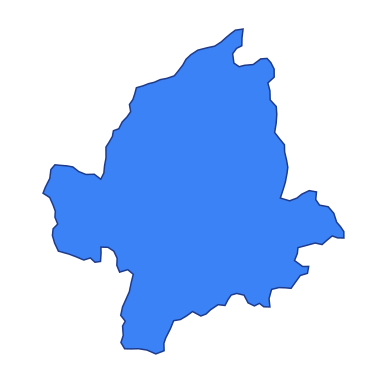 Chácara, Minas Gerais, Brazil (Mercator projection), rotated 176°
{"feature_id": "56859067B60950226665994", "entity_name": "Chácara", "entity_type": "district", "adm_level": 2, "iso_a3": "BRA", "parent_name": "Brazil", "parent_adm1": "Minas Gerais", "projection": "mercator", "projection_center": [-43.214, -21.689], "detail": "fine", "context": "isolated", "style": "filled", "palette": "blue", "viewbox_px": 384, "rotation_deg": 176, "n_neighbors": 0, "source": "geoboundaries", "source_scale": "gbopen_adm2", "svg_char_len": 2100}
<svg xmlns="http://www.w3.org/2000/svg" viewBox="0 0 384 384"><g transform="rotate(176 192 192)"><path d="M340.7,201.2L334.3,196.4L331.6,189.0L329.7,182.4L330.5,176.4L328.2,169.4L333.1,165.0L334.3,158.3L332.6,150.6L329.4,142.3L319.2,138.7L312.2,135.5L304.7,131.7L298.0,133.3L293.7,128.7L288.1,129.1L287.0,137.3L286.7,143.4L279.7,142.7L274.1,138.4L271.3,131.1L272.1,124.0L269.8,117.1L261.5,119.0L256.3,114.0L258.8,106.4L261.5,96.8L265.2,89.9L269.3,82.2L271.7,73.9L267.6,67.8L270.6,63.1L270.6,53.7L273.4,46.8L270.1,40.3L263.4,39.7L256.3,39.4L248.0,37.5L239.4,33.0L230.9,35.6L230.6,43.0L228.3,48.4L223.1,57.1L219.3,64.9L212.4,65.6L205.9,68.9L199.8,72.7L191.8,67.7L186.5,69.3L181.6,73.3L173.8,77.8L167.0,76.5L163.6,82.1L160.1,86.5L154.5,87.7L147.3,85.5L143.8,77.5L137.7,74.0L132.5,76.2L128.4,72.5L122.3,71.9L122.6,80.3L119.4,89.3L111.9,90.6L105.4,89.9L99.9,89.0L95.6,94.2L89.8,101.2L82.5,102.8L80.8,109.6L86.9,110.0L94.5,116.5L91.2,123.3L90.2,129.1L82.8,130.5L72.7,132.5L65.9,130.5L61.0,134.3L55.2,138.4L50.0,136.1L43.7,135.5L43.3,141.9L46.3,147.1L49.8,151.8L52.0,160.8L57.2,167.8L65.7,170.0L69.1,175.8L67.8,183.4L75.0,185.2L82.6,182.2L87.8,178.6L95.3,176.4L104.3,179.8L100.8,188.4L98.2,195.3L95.9,204.0L94.7,209.9L95.4,216.9L96.8,225.5L96.5,232.7L100.6,238.4L105.4,245.6L103.2,254.9L102.0,263.6L102.0,271.4L107.6,278.4L107.2,287.5L108.7,295.5L102.0,300.9L101.5,308.9L104.3,315.5L107.8,320.0L114.2,320.0L122.0,314.9L130.8,314.7L136.2,313.7L141.2,317.7L141.8,327.1L137.5,332.2L132.1,334.4L131.4,342.1L129.7,351.0L137.5,350.4L142.1,347.4L147.1,343.8L152.5,339.6L159.2,335.9L166.4,334.9L176.3,333.1L183.6,329.0L188.8,324.7L192.3,319.3L197.8,313.1L201.6,309.1L209.2,307.1L215.9,306.3L221.9,304.1L227.8,303.1L233.5,301.3L240.2,299.9L242.2,294.0L244.5,288.4L248.3,283.7L247.6,276.4L251.5,271.5L256.7,266.8L260.6,260.2L266.1,258.6L267.5,253.0L271.0,247.8L274.7,242.8L275.4,232.1L277.4,224.3L278.6,217.1L282.1,211.1L288.2,216.5L296.6,216.9L303.6,220.3L309.1,225.3L314.9,226.8L321.0,227.7L326.8,228.7L331.2,224.3L332.9,215.5L337.9,207.1L340.7,201.2Z" fill="#3b82f6" stroke="#1e3a8a" stroke-width="1.5"/></g></svg>